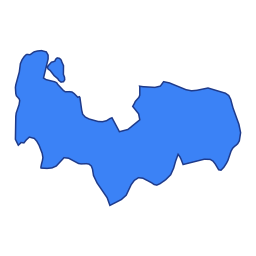 the border of Pangasinan
{"feature_id": "PHL-2562", "entity_name": "Pangasinan", "entity_type": "Province", "adm_level": 1, "iso_a3": "PHL", "parent_name": "Philippines", "parent_adm1": "", "projection": "mercator", "projection_center": [120.195, 16.001], "detail": "fine", "context": "isolated", "style": "filled", "palette": "blue", "viewbox_px": 256, "rotation_deg": 0, "n_neighbors": 0, "source": "natural_earth", "source_scale": "10m", "svg_char_len": 1907}
<svg xmlns="http://www.w3.org/2000/svg" viewBox="0 0 256 256"><path d="M41.0,168.0L40.9,167.1L41.6,163.6L42.4,160.7L42.9,157.6L42.2,153.4L39.1,145.3L36.8,141.2L34.3,138.4L29.3,137.1L26.3,139.9L23.9,142.9L21.0,142.5L20.4,143.3L18.3,145.2L15.4,139.3L15.8,116.4L16.2,113.1L19.1,104.6L19.7,100.6L19.1,98.8L16.4,95.8L15.8,93.7L15.4,87.5L15.8,84.8L19.3,72.0L20.4,63.6L22.1,59.7L24.3,56.5L26.3,54.6L27.2,54.4L29.3,54.7L30.2,54.6L33.4,52.3L34.3,51.8L37.4,51.0L41.5,50.6L46.3,51.9L48.1,55.1L48.1,59.0L43.5,78.0L46.0,79.6L54.7,81.8L56.7,82.8L57.8,84.5L63.4,90.5L65.3,91.8L69.6,91.7L72.0,92.0L74.2,93.6L77.8,97.3L79.3,96.7L79.9,97.5L81.7,110.2L82.7,114.3L85.3,117.1L89.1,119.0L98.1,121.5L102.5,121.7L106.6,120.7L110.1,118.5L112.0,117.8L119.4,131.7L127.9,129.5L139.8,119.8L138.6,113.8L132.7,106.4L134.4,103.4L135.3,101.4L138.9,97.4L139.8,95.1L139.8,87.0L139.6,86.2L143.0,86.7L154.9,87.4L160.4,86.1L163.6,81.7L169.4,82.9L186.0,89.7L191.5,90.8L196.9,90.3L208.0,88.0L225.4,93.2L228.7,95.5L230.7,99.4L233.0,108.0L238.9,124.3L240.6,132.7L239.3,140.9L237.7,143.7L236.1,145.2L234.5,146.4L232.6,148.3L231.0,151.2L227.9,160.4L226.4,163.3L223.8,167.3L221.0,170.2L218.7,169.8L215.2,163.9L213.0,161.1L210.2,159.4L204.3,159.2L183.1,164.5L181.0,159.1L179.7,156.5L178.1,154.3L175.6,161.1L173.6,168.2L170.7,174.7L165.7,179.7L160.0,183.7L156.8,185.1L154.1,184.5L151.5,182.7L142.9,178.2L138.5,177.7L134.4,180.3L131.2,184.6L126.2,195.2L121.4,199.5L109.9,205.4L107.2,197.8L97.1,183.0L93.5,175.5L92.5,169.1L91.3,166.0L89.0,164.1L86.5,163.7L81.1,163.9L78.5,163.5L68.6,158.2L64.0,157.7L56.3,166.0L52.0,167.9L47.1,168.4L41.6,168.1L41.0,168.0ZM63.4,74.4L64.5,77.2L64.7,79.8L63.5,81.7L61.0,82.1L58.7,80.2L57.8,78.7L54.1,75.6L50.2,70.5L48.1,69.0L47.4,67.3L48.4,65.5L51.4,62.2L53.4,61.7L54.9,61.1L55.2,60.3L55.7,59.2L57.2,57.9L59.3,58.3L60.7,59.4L61.4,60.6L61.8,61.9L63.5,65.7L63.4,74.4Z" fill="#3b82f6" stroke="#1e3a8a" stroke-width="1.5"/></svg>